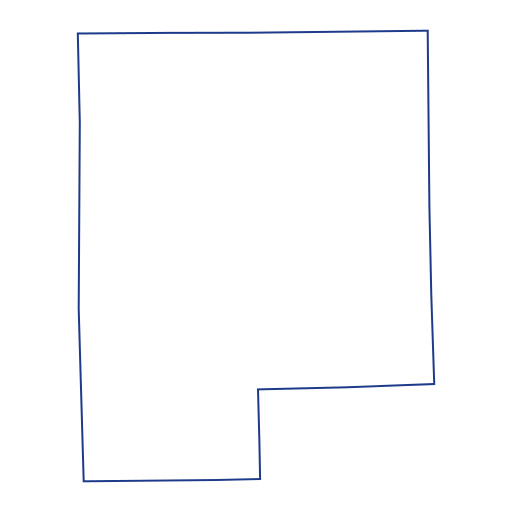 the district of Genesee, Michigan, United States of America
{"feature_id": "52423323B57804911654438", "entity_name": "Genesee", "entity_type": "district", "adm_level": 2, "iso_a3": "USA", "parent_name": "United States of America", "parent_adm1": "Michigan", "projection": "albers", "projection_center": [-83.695, 43.002], "detail": "fine", "context": "isolated", "style": "outline", "palette": "blue", "viewbox_px": 512, "rotation_deg": 0, "n_neighbors": 0, "source": "geoboundaries", "source_scale": "gbopen_adm2", "svg_char_len": 322}
<svg xmlns="http://www.w3.org/2000/svg" viewBox="0 0 512 512"><path d="M83.7,481.3L215.5,480.0L260.1,479.0L259.4,442.0L258.0,389.4L346.3,387.3L434.2,384.0L434.1,379.8L431.3,295.5L429.4,207.1L427.7,30.7L253.3,32.7L165.1,32.9L77.8,33.5L79.8,122.8L78.7,309.1L83.7,481.3Z" fill="none" stroke="#1e3a8a" stroke-width="2"/></svg>